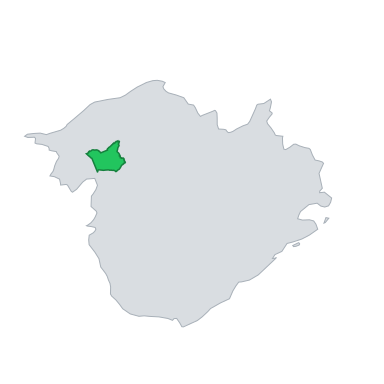 Sesan, Stœng Trêng, Cambodia shown in context, rotated 247°
{"feature_id": "14789045B73389269548404", "entity_name": "Sesan", "entity_type": "district", "adm_level": 2, "iso_a3": "KHM", "parent_name": "Cambodia", "parent_adm1": "Stœng Trêng", "projection": "equal_earth", "projection_center": [106.435, 13.605], "detail": "fine", "context": "in_parent", "style": "filled", "palette": "green", "viewbox_px": 384, "rotation_deg": 247, "n_neighbors": 0, "source": "geoboundaries", "source_scale": "gbopen_adm2", "svg_char_len": 6579}
<svg xmlns="http://www.w3.org/2000/svg" viewBox="0 0 384 384"><g transform="rotate(247 192 192)"><path d="M308.7,59.7L309.5,63.1L307.6,69.5L305.5,75.3L301.7,80.4L301.5,84.1L300.2,95.2L300.7,98.8L301.6,101.8L302.9,103.4L306.2,114.3L309.3,124.2L312.3,132.4L312.8,137.6L310.1,150.6L306.9,162.6L307.2,168.6L308.6,174.6L310.0,182.6L310.6,192.8L309.8,199.5L308.4,203.6L305.6,207.9L303.2,210.1L300.3,206.4L298.0,206.3L294.9,207.4L292.5,209.0L287.5,215.3L282.0,221.3L274.4,222.9L271.4,227.4L268.3,228.0L262.3,228.2L258.3,229.3L258.5,231.6L258.2,242.3L258.3,244.8L257.7,245.4L254.9,245.8L250.3,244.1L244.1,241.5L239.6,241.1L237.3,245.7L236.0,247.5L234.3,247.8L232.5,248.6L231.9,250.7L231.8,253.3L232.6,257.8L233.0,264.9L232.7,269.7L234.4,272.7L243.9,283.0L246.7,285.6L247.0,287.1L245.4,292.7L246.8,300.5L243.9,300.4L238.9,297.0L236.5,295.0L233.6,296.6L232.6,296.3L230.6,292.4L228.1,288.5L225.4,288.2L219.9,289.8L214.2,290.9L212.0,290.9L211.1,291.6L207.8,297.4L206.4,296.4L200.7,294.2L195.5,293.3L194.4,294.9L195.0,299.7L196.2,304.3L195.5,306.3L192.6,308.8L188.8,313.2L186.5,316.7L184.9,317.5L179.1,317.3L173.3,317.8L171.0,321.1L168.8,323.6L167.0,324.3L159.5,316.2L144.5,313.4L142.9,309.9L141.5,309.2L140.1,313.8L131.9,318.2L128.4,315.6L125.9,312.3L126.3,308.3L128.7,305.1L132.8,302.8L134.7,294.7L131.6,284.2L128.9,281.2L126.1,278.8L123.0,282.7L120.5,289.3L117.8,292.7L114.0,293.5L108.6,293.2L106.5,283.3L105.8,274.8L106.6,265.1L107.5,259.4L102.2,251.5L102.0,244.0L99.4,240.1L98.7,242.1L98.7,244.2L98.0,242.7L89.8,220.6L88.5,210.4L89.9,202.5L90.8,199.8L88.4,195.7L85.0,191.0L79.1,184.8L78.8,175.1L77.5,163.6L75.7,159.7L73.1,152.6L71.6,146.8L71.2,131.3L72.0,130.0L76.2,129.6L81.6,128.5L82.5,126.0L81.5,123.9L85.0,120.4L90.0,112.7L93.9,104.7L96.7,99.6L98.3,94.6L103.9,87.5L111.6,82.6L116.9,81.4L122.3,79.8L127.5,77.4L130.0,77.1L136.4,80.0L139.9,80.8L143.6,80.7L147.4,81.0L150.7,80.7L158.6,78.7L167.0,80.3L174.5,79.1L183.7,76.7L188.3,78.2L192.4,80.5L193.0,85.2L194.0,87.4L195.3,89.0L197.2,89.0L199.6,85.7L201.5,82.4L202.2,81.7L202.3,83.4L203.2,87.1L205.0,90.7L206.8,93.1L209.8,96.3L211.7,96.4L218.1,93.4L227.5,97.8L228.7,100.0L231.7,104.4L235.1,107.6L242.5,107.8L245.1,100.0L243.8,95.2L239.6,86.9L238.5,81.9L239.8,81.1L247.0,80.1L248.1,79.2L249.7,73.8L251.7,74.4L255.6,75.1L259.8,71.4L262.3,67.5L263.7,69.3L265.2,72.0L266.8,73.6L269.8,75.9L273.1,79.2L275.2,82.4L276.9,83.7L281.1,82.8L282.2,82.9L284.7,79.0L286.4,76.9L287.9,77.5L290.1,77.4L294.5,72.4L297.0,67.9L298.4,66.6L302.4,68.9L304.0,68.4L306.3,62.2L308.7,59.7ZM103.7,270.3L102.9,270.8L102.1,270.8L101.3,269.9L101.4,266.4L102.0,264.2L103.4,263.8L103.7,270.3ZM116.1,305.3L114.4,307.7L111.8,302.7L111.8,301.3L116.1,305.3Z" fill="#d9dde1" stroke="#a8b0b8" stroke-width="1"/><path d="M254.7,139.9L255.8,139.8L256.4,139.7L256.7,139.6L257.1,139.4L257.5,139.2L257.9,139.0L258.5,138.8L258.9,139.0L260.1,140.0L260.4,140.2L260.7,140.5L261.2,140.6L261.5,140.9L261.8,141.1L262.1,141.5L262.6,142.2L262.7,142.4L262.8,142.5L263.0,142.7L263.1,142.8L263.3,143.0L263.7,143.0L263.8,143.1L264.0,143.0L264.4,142.9L264.5,142.9L264.9,142.9L265.0,143.0L265.5,143.7L265.6,143.8L265.7,144.0L266.0,144.0L266.4,144.3L266.5,144.5L266.9,144.9L267.0,144.9L267.2,144.7L267.3,144.5L267.3,144.4L267.3,144.2L267.2,144.2L267.3,144.1L267.2,144.0L267.2,143.9L267.2,143.7L267.3,143.7L267.2,143.6L267.3,143.5L267.4,143.4L267.5,143.5L267.6,143.4L267.8,143.3L268.0,143.2L267.9,143.0L268.0,142.9L268.0,142.7L268.1,142.4L268.1,142.2L267.9,142.2L268.0,142.0L268.0,141.9L268.1,141.7L267.9,141.5L267.9,141.4L267.8,141.1L267.8,140.9L267.8,140.7L267.7,140.5L267.5,140.4L267.4,140.4L267.3,140.2L267.2,140.1L267.1,139.9L267.1,139.7L267.0,139.4L267.1,139.5L267.2,139.4L267.2,139.2L267.3,139.2L267.3,138.9L267.5,138.9L267.4,138.7L267.3,138.4L267.4,138.2L267.2,137.9L267.1,137.7L266.9,137.5L266.9,137.4L266.8,137.2L266.7,137.1L266.8,136.8L266.6,136.4L266.4,135.8L266.3,135.7L266.2,135.6L266.0,134.8L265.8,134.4L265.7,134.1L265.6,133.6L265.6,133.4L265.5,132.7L265.4,132.5L265.1,132.0L265.0,131.9L264.9,131.6L264.8,131.1L264.7,131.0L264.4,130.7L264.2,130.5L263.6,130.5L263.7,123.3L264.2,123.2L264.3,123.2L264.5,123.1L264.8,123.0L265.3,122.7L265.6,122.5L266.1,122.5L266.3,122.3L266.3,122.2L266.5,122.2L266.8,122.0L266.9,121.9L267.0,121.8L267.1,121.6L267.3,121.5L267.5,121.4L267.6,121.2L267.8,120.8L268.1,120.4L268.3,120.2L268.3,119.7L268.4,119.4L268.4,119.2L268.5,118.8L268.6,118.7L268.8,118.6L269.0,118.1L269.3,117.8L269.4,117.5L269.6,117.0L269.7,116.8L269.7,116.6L269.7,116.4L269.6,116.0L269.6,115.8L269.4,115.3L269.3,115.1L269.3,114.9L269.3,114.7L269.3,114.4L269.5,113.9L269.7,113.7L269.8,113.6L269.7,113.4L269.6,113.2L269.5,112.9L269.4,112.9L269.4,113.0L269.2,113.0L269.2,112.8L269.1,112.7L269.0,112.3L269.1,112.2L268.9,111.8L268.7,111.7L268.4,111.5L268.3,111.3L268.3,110.9L268.3,110.7L268.5,110.0L268.5,109.9L268.5,109.7L267.4,110.2L267.2,110.3L266.2,110.7L265.7,111.0L265.3,111.2L265.0,111.3L264.8,111.5L264.1,111.8L262.8,112.3L262.6,112.5L262.1,113.0L247.5,112.8L247.5,113.1L247.7,113.3L247.8,113.3L248.2,113.5L248.3,113.5L248.5,113.7L248.7,114.0L248.8,114.2L248.8,114.3L248.9,114.5L248.6,115.3L248.3,115.8L248.2,116.1L247.9,116.5L247.7,116.9L247.0,118.2L246.8,118.5L246.6,118.8L246.3,119.7L246.2,120.2L246.1,120.7L245.8,121.3L245.8,121.5L245.6,122.0L245.4,122.5L245.3,123.0L245.2,123.2L245.0,123.5L244.9,124.0L244.5,124.5L244.2,124.7L244.1,125.0L243.9,125.6L243.9,125.8L243.8,126.0L243.7,126.2L243.5,126.4L243.5,126.5L243.3,126.8L243.2,126.9L243.1,127.1L243.0,127.3L242.9,127.5L242.7,127.9L242.6,128.4L242.5,128.5L242.1,129.0L241.8,129.2L241.7,129.3L241.1,129.6L240.8,129.7L240.6,129.8L240.5,130.0L240.5,130.3L240.6,130.7L240.6,130.8L240.7,131.1L240.9,131.4L241.1,131.8L241.2,132.4L241.3,132.9L241.3,133.2L241.3,133.6L241.7,134.5L241.9,134.8L242.1,135.1L242.4,135.5L242.9,136.2L243.4,136.8L243.9,137.3L244.0,137.5L244.2,138.1L244.3,139.0L244.6,139.9L244.6,140.0L244.8,140.1L245.0,140.1L245.0,140.5L245.0,140.9L245.0,141.9L245.1,142.0L245.2,141.9L245.4,142.0L245.4,141.9L245.5,141.8L245.5,141.7L245.6,141.8L245.8,141.9L246.0,142.0L246.3,142.0L246.5,142.0L246.5,141.8L246.8,141.9L247.0,141.8L247.3,141.8L247.5,141.9L247.6,142.0L247.7,141.9L247.8,141.9L248.1,141.9L248.1,142.0L248.3,142.1L248.5,142.2L248.7,142.3L248.8,142.2L249.0,142.2L249.4,142.3L249.5,142.3L249.7,142.2L250.3,141.8L250.3,141.7L250.3,141.2L250.4,140.9L250.4,140.7L250.6,140.3L251.0,140.4L251.3,140.0L251.6,139.5L251.8,139.7L252.0,139.6L252.3,139.8L252.6,139.7L253.0,139.9L253.1,139.6L253.4,139.4L253.4,139.5L253.6,139.6L253.9,139.8L254.2,139.9L254.7,139.9Z" fill="#22c55e" stroke="#15803d" stroke-width="1.5"/></g></svg>